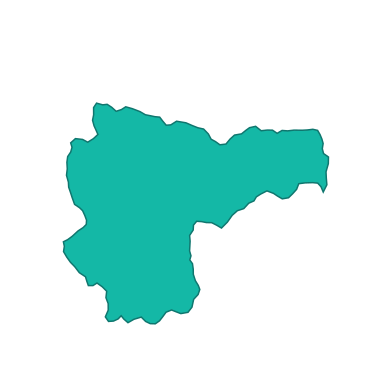 the district of Guidoval, Minas Gerais, Brazil, rotated 252°
{"feature_id": "56859067B97454970123686", "entity_name": "Guidoval", "entity_type": "district", "adm_level": 2, "iso_a3": "BRA", "parent_name": "Brazil", "parent_adm1": "Minas Gerais", "projection": "mercator", "projection_center": [-42.788, -21.182], "detail": "fine", "context": "isolated", "style": "filled", "palette": "teal", "viewbox_px": 384, "rotation_deg": 252, "n_neighbors": 0, "source": "geoboundaries", "source_scale": "gbopen_adm2", "svg_char_len": 2082}
<svg xmlns="http://www.w3.org/2000/svg" viewBox="0 0 384 384"><g transform="rotate(252 192 192)"><path d="M242.1,225.5L248.3,222.5L251.3,217.4L255.1,212.8L259.7,207.6L264.1,199.2L262.4,192.6L263.5,188.1L268.4,186.1L273.2,184.4L275.1,180.0L277.5,175.8L279.9,171.5L284.6,167.3L289.7,161.0L293.5,155.3L292.2,150.3L292.2,144.8L297.4,141.8L301.6,138.4L302.5,134.0L306.0,128.7L302.7,124.5L295.8,122.3L291.0,119.6L285.2,119.3L280.9,119.8L275.8,120.3L273.2,114.7L271.6,108.2L275.8,104.2L278.8,97.6L276.2,91.8L271.6,91.7L267.5,89.0L264.1,84.7L258.9,82.2L252.5,80.5L246.7,77.8L239.6,77.5L234.7,76.2L229.4,76.3L223.6,76.3L216.5,76.5L211.8,80.2L208.0,82.2L202.7,82.8L197.8,83.0L193.8,81.4L191.8,77.5L190.2,71.6L186.9,64.4L185.1,59.0L184.4,54.3L179.8,53.8L175.0,51.4L168.7,52.8L162.7,54.7L157.2,57.4L150.1,59.9L144.3,64.5L139.5,64.4L135.0,64.5L133.6,68.9L134.8,73.5L129.7,77.3L124.0,80.2L118.1,77.5L111.8,77.8L105.5,75.8L100.0,71.0L94.7,72.6L93.5,77.5L94.1,82.5L96.2,86.4L92.2,87.9L87.5,90.7L88.9,97.5L88.7,105.1L83.2,107.9L79.7,111.6L78.0,116.4L79.5,121.3L82.2,125.3L85.7,130.2L86.1,136.1L83.1,139.7L79.8,143.8L78.8,151.0L82.5,156.4L89.4,160.4L92.6,166.1L96.9,169.3L101.2,169.1L106.6,167.8L113.3,167.8L118.1,169.3L123.7,170.3L128.1,168.9L131.6,171.3L136.7,171.5L141.1,173.2L145.8,175.0L151.4,176.3L155.5,181.4L160.1,183.2L162.7,187.4L160.8,192.1L158.5,196.2L156.7,201.3L152.8,205.2L148.6,208.9L152.4,216.3L157.4,223.0L160.2,229.4L160.2,236.1L163.8,242.5L164.4,248.2L167.5,251.7L168.8,256.7L169.9,263.6L165.5,269.1L161.8,272.0L157.6,275.7L156.7,282.0L159.2,287.1L162.2,292.3L166.9,296.1L165.7,302.5L163.6,309.7L161.6,314.3L157.2,316.3L151.4,316.8L157.2,322.5L163.6,324.0L169.8,325.7L176.8,330.4L183.1,332.6L187.9,329.0L192.9,329.3L197.6,331.7L202.2,331.9L207.1,331.5L211.8,330.5L214.3,326.3L215.3,321.1L216.7,315.8L219.3,308.2L220.6,301.8L222.7,296.7L221.5,291.1L225.9,287.7L227.6,282.9L228.9,276.7L234.8,272.8L235.4,266.6L234.0,262.3L232.0,257.1L233.0,250.0L230.6,244.6L227.1,239.1L228.3,233.1L232.7,229.9L236.3,226.5L242.1,225.5Z" fill="#14b8a6" stroke="#0f766e" stroke-width="1.5"/></g></svg>